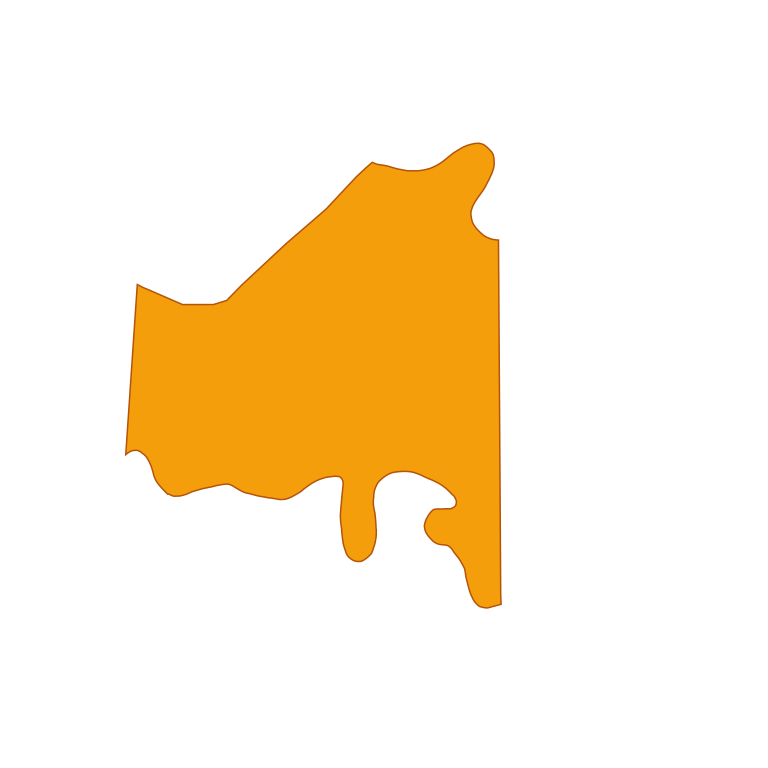 Morne Assau/Babonneau, Dauphin, Saint Lucia (Mercator projection), rotated 47°
{"feature_id": "8701671B48601442509190", "entity_name": "Morne Assau/Babonneau", "entity_type": "district", "adm_level": 2, "iso_a3": "LCA", "parent_name": "Saint Lucia", "parent_adm1": "Dauphin", "projection": "mercator", "projection_center": [-60.931, 13.991], "detail": "fine", "context": "isolated", "style": "filled", "palette": "amber", "viewbox_px": 768, "rotation_deg": 47, "n_neighbors": 0, "source": "geoboundaries", "source_scale": "gbopen_adm2", "svg_char_len": 6170}
<svg xmlns="http://www.w3.org/2000/svg" viewBox="0 0 768 768"><g transform="rotate(47 384 384)"><path d="M143.0,496.6L259.5,621.0L259.5,620.4L259.7,619.0L260.0,616.9L260.5,614.9L261.1,613.7L261.7,612.6L262.2,612.0L263.7,610.3L264.6,609.5L265.7,609.0L266.9,608.4L267.6,608.3L268.9,608.1L271.2,607.8L271.9,607.6L273.8,607.5L274.7,607.5L275.7,607.6L276.3,607.7L277.5,608.0L278.1,608.1L278.8,608.3L280.9,608.8L283.2,609.6L285.0,610.2L287.0,611.1L288.6,611.9L291.2,613.2L292.4,613.9L293.5,614.5L294.7,615.1L298.0,616.3L299.3,616.7L301.9,617.1L303.4,617.3L304.2,617.4L306.2,617.4L308.0,617.5L309.2,617.5L310.4,617.5L316.9,617.4L317.3,616.9L318.3,616.3L320.8,615.3L322.0,614.7L323.0,613.9L323.9,612.9L324.8,611.9L326.2,610.3L326.9,609.3L327.6,608.2L328.9,605.7L330.0,603.5L330.6,601.6L331.0,600.4L331.2,599.8L331.6,598.6L332.1,597.4L333.4,594.8L336.0,589.6L338.0,586.1L339.2,584.2L340.3,582.3L341.2,581.0L343.4,577.0L344.4,575.2L347.2,570.9L349.1,568.3L349.5,567.8L350.4,566.8L351.4,566.0L353.0,565.0L354.8,564.3L362.6,562.1L365.0,561.3L366.3,560.8L367.5,560.3L369.3,559.4L371.8,557.6L374.6,555.8L378.0,553.7L379.9,552.5L386.4,547.6L388.1,546.4L389.6,545.1L391.1,543.8L393.1,542.3L394.3,541.4L394.8,541.0L397.1,539.3L398.1,538.3L399.3,536.9L400.1,535.9L400.8,535.0L401.5,533.8L402.0,532.7L402.9,530.6L403.9,527.3L404.3,525.5L404.6,524.4L404.8,523.6L405.2,522.1L405.5,520.5L405.9,518.3L406.1,515.3L406.1,514.4L406.4,512.0L406.4,511.2L406.8,508.5L407.1,506.4L407.4,504.7L407.7,503.3L408.3,500.8L408.9,498.8L409.7,496.6L410.1,495.4L411.0,493.7L412.6,490.3L414.9,486.9L415.4,486.3L416.5,484.7L418.1,482.7L418.5,482.2L419.0,481.8L420.8,480.2L421.4,479.9L422.0,479.6L423.0,479.4L423.7,479.4L424.5,479.5L426.1,480.0L426.7,480.2L427.9,481.0L429.1,481.9L430.1,482.9L432.0,485.2L433.6,486.9L434.2,487.7L437.3,491.2L438.9,493.0L439.5,493.7L442.1,496.5L442.6,497.1L443.2,497.8L444.7,499.5L445.3,500.1L447.4,502.4L450.7,505.9L454.0,508.7L455.1,509.6L461.3,514.0L462.3,514.9L465.9,517.7L469.9,520.6L470.6,521.0L471.7,521.9L473.5,523.0L476.8,524.7L478.2,525.3L480.8,526.5L482.0,527.0L483.5,527.4L484.7,527.8L486.0,527.8L486.8,527.8L488.3,527.7L489.7,527.4L490.9,527.1L492.3,526.7L492.8,526.4L493.4,526.1L494.8,525.2L496.0,524.2L496.4,523.7L497.9,522.0L498.2,521.4L498.5,520.6L499.1,518.5L499.2,517.8L499.5,515.3L499.6,512.8L499.5,510.1L499.5,509.3L499.3,508.7L498.9,507.5L498.3,506.3L497.5,504.8L496.5,503.1L495.6,501.3L494.8,500.0L493.5,498.0L492.7,497.0L490.4,494.0L488.3,491.8L486.1,489.7L485.6,489.2L485.0,488.9L482.8,487.1L481.7,486.1L479.5,484.3L476.9,482.2L475.8,481.4L473.1,479.3L471.9,478.5L469.2,476.9L466.6,475.2L465.1,474.1L463.1,472.4L461.8,471.1L460.4,469.4L457.5,466.4L456.6,465.3L455.1,463.1L453.9,460.9L453.4,459.6L452.9,458.4L452.3,456.7L452.0,455.3L451.8,453.9L451.8,452.5L451.9,451.8L451.8,450.3L452.0,447.8L452.3,445.6L452.8,442.8L453.2,441.5L453.7,440.3L454.5,438.4L455.2,437.1L457.2,434.3L458.1,433.1L460.7,429.9L463.5,426.9L465.1,425.5L466.6,424.2L467.6,423.5L469.2,422.4L469.8,422.1L472.8,420.5L475.3,419.3L476.8,418.7L478.3,418.1L479.0,417.9L481.8,416.7L483.8,415.9L485.6,415.0L487.4,414.2L492.3,412.3L494.7,411.5L497.0,410.9L499.8,410.3L501.1,410.1L502.5,409.9L504.6,409.7L506.9,409.6L507.6,409.5L510.8,409.5L513.6,409.3L514.8,409.4L517.2,410.2L517.9,410.3L518.4,410.7L519.5,411.4L520.2,412.1L520.6,412.7L521.3,413.7L521.7,414.4L521.9,415.8L521.6,417.6L521.3,418.8L520.8,420.1L520.3,420.6L519.5,421.7L518.5,422.7L517.6,423.7L516.7,424.8L514.5,427.3L514.0,427.9L512.7,429.2L511.7,430.3L510.8,431.4L510.2,432.4L509.6,433.6L509.5,435.0L509.5,436.4L509.7,437.9L510.3,441.0L510.8,442.7L511.6,445.0L511.9,445.8L512.4,446.9L513.5,448.8L514.2,449.8L514.6,450.4L515.0,451.0L515.9,451.7L518.2,453.3L518.9,453.6L520.1,454.2L520.8,454.4L522.0,454.8L523.2,455.0L525.7,455.3L527.0,455.4L531.8,455.4L532.5,455.3L533.8,455.1L534.4,454.9L535.9,454.5L537.8,453.6L538.5,453.2L539.8,452.3L541.0,451.3L543.2,449.3L543.8,448.8L544.9,448.0L546.1,447.4L547.7,447.1L548.8,446.9L551.1,446.9L554.1,447.5L556.7,447.8L558.5,447.9L559.3,448.0L560.7,448.1L562.2,448.2L564.4,448.6L565.0,448.6L568.2,449.4L571.4,450.2L572.7,450.6L573.9,451.0L575.2,451.7L577.0,452.9L578.0,453.6L580.9,455.6L582.6,456.6L583.6,457.1L584.8,457.8L588.4,459.8L589.4,460.3L592.2,461.8L595.2,463.2L596.8,463.9L600.7,465.2L601.6,465.5L602.2,465.7L603.1,465.9L605.0,466.2L605.7,466.2L608.1,466.3L610.0,466.2L611.3,466.0L612.0,465.8L613.0,465.2L614.3,464.4L616.0,463.2L617.9,461.5L618.4,461.0L625.0,448.6L618.2,442.8L356.8,202.1L356.0,202.9L353.6,204.9L352.3,205.9L350.6,207.0L350.0,207.3L348.5,208.0L346.6,208.8L345.1,209.3L343.3,209.8L341.5,210.0L340.9,210.0L339.4,210.2L338.6,210.3L337.9,210.3L333.4,210.4L330.7,210.1L330.0,209.9L328.8,209.8L327.3,209.4L326.1,209.0L324.1,208.0L323.3,207.5L321.8,206.6L321.1,206.1L319.2,204.8L318.6,204.2L318.0,203.6L317.1,202.6L316.8,202.1L316.4,201.5L316.1,200.8L315.7,200.2L314.6,198.1L314.2,197.0L313.2,194.3L312.6,192.1L311.8,188.7L310.8,183.7L310.3,181.2L310.2,180.5L309.5,177.9L309.2,176.6L308.9,175.8L307.8,172.6L307.1,170.7L306.3,168.4L305.5,166.3L304.2,163.2L303.3,161.0L302.6,159.7L300.5,156.1L299.9,155.3L298.5,153.6L297.9,153.1L295.0,150.5L293.9,149.7L293.0,149.1L292.1,148.5L291.2,148.0L290.5,147.7L289.1,147.3L287.4,147.0L286.5,147.0L285.7,147.0L284.4,147.0L282.5,147.1L281.6,147.1L281.0,147.2L279.7,147.3L278.4,147.6L277.7,147.7L276.6,148.0L275.4,148.6L274.2,149.3L272.6,150.5L272.0,151.2L271.2,152.1L270.2,153.3L269.5,154.4L267.8,157.3L266.5,159.9L265.7,161.9L264.8,164.5L264.2,166.9L264.0,167.5L262.8,173.5L262.5,175.4L262.3,176.3L262.0,180.7L261.9,181.7L261.8,183.9L261.6,186.7L261.5,188.0L261.3,189.6L260.9,192.6L260.7,193.5L259.9,197.0L259.4,198.5L258.3,201.8L257.5,203.8L256.1,206.3L254.9,208.5L252.8,211.6L250.8,214.2L249.2,216.0L247.6,217.7L246.0,219.4L244.6,220.8L244.1,221.3L242.4,222.7L241.8,223.1L240.2,224.3L238.9,225.2L237.1,226.6L235.0,228.0L230.9,230.5L228.6,231.8L226.2,233.3L223.5,235.3L221.8,236.8L221.2,237.2L219.2,238.8L218.1,239.5L216.0,240.5L215.4,240.8L213.9,241.4L213.6,249.5L213.6,262.9L216.6,307.2L214.6,359.7L214.6,420.5L215.6,442.1L209.6,454.5L188.6,477.1L148.6,494.6L143.0,496.6Z" fill="#f59e0b" stroke="#b45309" stroke-width="1.5"/></g></svg>